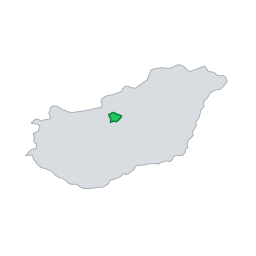 where Budapest sits in Hungary, rotated 351°
{"feature_id": "HUN-3160", "entity_name": "Budapest", "entity_type": "Capital City", "adm_level": 1, "iso_a3": "HUN", "parent_name": "Hungary", "parent_adm1": "", "projection": "robinson", "projection_center": [19.116, 47.483], "detail": "fine", "context": "in_parent", "style": "filled", "palette": "green", "viewbox_px": 256, "rotation_deg": 351, "n_neighbors": 0, "source": "natural_earth", "source_scale": "10m", "svg_char_len": 2931}
<svg xmlns="http://www.w3.org/2000/svg" viewBox="0 0 256 256"><g transform="rotate(351 128 128)"><path d="M210.1,79.3L213.0,79.0L213.8,79.2L214.3,81.0L215.2,82.3L215.8,83.9L216.9,85.1L219.2,85.6L222.2,87.1L224.2,89.8L227.1,91.0L227.3,91.0L227.9,90.9L230.0,90.8L230.4,91.3L232.1,92.7L232.8,93.9L232.4,95.2L232.8,96.6L233.4,97.1L232.7,98.1L227.3,102.9L225.2,104.1L223.8,104.4L221.6,103.9L219.3,104.3L217.3,105.3L215.4,105.6L214.0,106.9L212.2,109.5L209.9,111.7L207.7,113.1L206.5,114.3L206.4,118.6L205.2,119.8L203.5,121.0L202.6,122.1L200.0,128.6L198.1,130.7L196.2,132.3L195.9,133.7L196.0,135.4L193.9,138.7L191.1,142.1L190.6,143.6L191.3,145.5L188.6,147.7L187.1,148.7L185.8,149.2L185.0,150.6L183.7,154.0L184.1,155.5L184.1,156.8L181.9,157.6L181.2,159.2L180.6,161.0L179.7,161.9L177.2,163.5L170.8,162.8L168.4,163.3L167.7,164.4L167.6,165.3L166.8,166.2L165.3,167.2L163.8,167.7L160.5,166.4L153.4,167.7L152.2,168.7L151.2,168.0L149.7,167.4L142.5,166.6L139.7,167.2L136.0,167.0L132.5,166.3L129.9,166.8L127.6,169.5L126.5,170.4L125.6,170.9L123.6,171.8L122.0,172.8L119.8,173.5L117.8,173.4L116.0,172.2L115.3,172.5L114.8,173.6L113.8,174.4L111.0,175.5L110.3,175.5L110.1,175.5L108.0,176.3L104.5,176.8L102.8,176.5L99.6,180.1L98.6,180.8L95.6,181.9L93.1,182.5L91.0,182.0L90.1,182.0L80.7,181.8L75.8,181.0L72.6,179.6L70.5,178.0L69.5,176.2L67.1,175.2L63.2,174.8L60.3,173.0L58.1,169.9L55.3,167.4L51.6,165.6L48.7,163.0L46.6,159.7L42.8,156.7L37.3,154.0L35.6,153.4L35.3,152.6L32.6,149.2L31.5,148.0L31.6,146.4L31.1,145.5L30.1,144.8L29.6,142.4L29.3,140.7L28.5,139.5L22.6,139.3L27.6,135.1L30.1,133.9L33.0,134.1L33.9,133.7L34.2,133.1L34.7,131.7L34.9,130.4L35.2,129.2L34.9,128.5L33.5,128.3L32.9,125.3L33.6,124.1L34.3,123.3L33.5,119.7L33.8,118.4L36.0,118.2L37.9,117.4L39.4,116.5L39.8,115.4L41.1,113.1L40.0,110.3L33.6,108.4L33.3,107.7L34.8,106.9L36.4,105.8L37.3,104.9L38.6,104.8L40.3,105.2L43.4,107.3L44.6,107.6L45.7,107.0L47.0,106.8L50.4,106.9L53.3,106.4L52.7,104.2L52.7,102.7L52.2,101.4L52.5,100.0L53.7,98.9L54.1,96.5L55.9,94.8L56.8,94.6L59.9,94.9L60.7,95.3L61.2,95.4L66.2,99.4L71.0,102.4L74.9,104.0L80.7,104.1L86.8,104.3L97.1,103.7L104.7,103.3L105.3,102.6L106.4,100.8L105.5,99.2L105.6,97.4L106.9,95.0L110.6,93.1L121.5,92.2L127.8,90.7L128.7,88.7L130.8,86.8L132.7,86.4L135.2,87.3L138.4,89.0L141.1,89.9L142.7,89.3L148.2,86.4L154.5,83.5L158.9,75.8L159.3,74.5L164.0,73.7L170.9,73.8L174.5,74.8L177.1,75.4L181.1,75.2L186.8,73.5L189.0,73.6L190.6,74.7L192.5,75.8L193.7,77.0L194.6,78.8L195.1,79.4L196.0,80.3L197.4,81.6L198.8,81.9L209.4,79.7L210.1,79.3Z" fill="#d9dde1" stroke="#a8b0b8" stroke-width="1"/><path d="M116.0,110.4L117.4,111.1L118.1,111.8L119.3,112.5L119.4,113.0L120.0,112.9L122.4,114.4L123.0,114.6L123.4,115.0L122.7,116.5L121.3,117.5L120.7,118.2L117.7,119.9L116.8,119.8L115.2,119.0L111.7,119.6L111.9,118.2L112.5,117.1L112.5,116.6L111.4,113.9L111.1,111.6L113.0,111.4L113.8,111.1L114.6,110.4L116.0,110.4Z" fill="#22c55e" stroke="#15803d" stroke-width="1.5"/></g></svg>